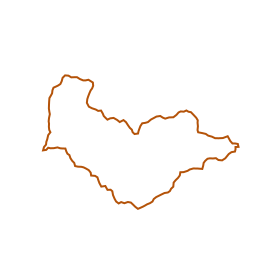 Coronel Fabriciano, Minas Gerais, Brazil, rotated 327°
{"feature_id": "56859067B5591218375220", "entity_name": "Coronel Fabriciano", "entity_type": "district", "adm_level": 2, "iso_a3": "BRA", "parent_name": "Brazil", "parent_adm1": "Minas Gerais", "projection": "orthographic", "projection_center": [-42.686, -19.44], "detail": "fine", "context": "isolated", "style": "outline", "palette": "amber", "viewbox_px": 256, "rotation_deg": 327, "n_neighbors": 0, "source": "geoboundaries", "source_scale": "gbopen_adm2", "svg_char_len": 2328}
<svg xmlns="http://www.w3.org/2000/svg" viewBox="0 0 256 256"><g transform="rotate(327 128 128)"><path d="M134.0,201.9L136.6,198.6L139.6,197.7L142.7,197.1L145.6,196.0L147.8,193.6L150.6,195.3L154.7,196.4L157.1,196.4L160.7,197.5L164.3,199.9L168.0,202.8L170.6,200.5L172.4,198.5L174.8,197.6L177.9,197.1L180.1,198.0L182.6,199.8L185.3,201.2L186.4,204.1L189.3,206.4L193.1,206.4L198.3,204.7L201.6,204.6L204.9,206.0L206.6,204.4L207.8,202.5L210.4,204.0L211.4,201.2L209.4,199.3L207.2,197.9L206.7,194.7L207.1,189.2L202.1,188.1L198.5,186.0L195.5,184.0L193.6,180.9L191.1,178.1L190.0,175.3L187.6,172.8L184.5,169.8L185.2,167.6L187.6,164.6L189.2,161.5L190.7,159.5L190.8,156.6L190.2,153.1L189.4,149.0L187.6,147.3L186.5,145.1L183.7,144.7L181.2,142.8L178.9,142.5L175.7,143.4L171.9,143.7L168.2,141.5L164.3,140.4L162.8,138.2L161.6,135.5L158.1,133.9L155.3,133.7L151.9,133.4L147.9,133.9L145.3,133.1L142.5,131.8L139.5,133.1L137.6,134.5L135.2,136.3L133.4,138.1L130.2,136.6L129.6,134.0L130.3,131.5L129.6,128.8L129.5,125.5L129.5,122.0L128.5,118.9L124.3,118.5L123.3,115.4L121.4,111.7L118.3,110.2L115.3,109.8L114.7,107.3L114.2,104.7L114.7,102.3L114.9,98.7L112.3,97.4L111.0,94.9L108.6,91.9L106.8,88.8L107.2,84.5L109.6,81.6L111.7,79.9L114.6,77.8L117.2,76.1L119.4,75.3L121.8,73.6L123.3,70.7L121.1,66.0L118.2,64.9L116.3,63.6L114.3,60.7L112.9,57.6L110.7,56.2L108.0,54.6L106.6,51.7L103.9,49.6L100.5,50.3L97.8,52.7L95.2,54.3L92.3,54.3L90.1,54.0L87.5,53.6L85.2,55.2L83.2,57.6L80.8,58.9L78.4,60.1L76.1,63.1L74.6,65.2L72.3,68.5L70.9,71.5L70.0,73.8L67.2,76.6L65.1,79.2L64.1,81.4L62.3,83.9L60.9,86.7L60.6,89.3L57.2,90.5L54.1,93.5L51.9,95.2L50.2,97.3L47.2,98.2L44.6,100.5L47.5,101.8L50.3,101.1L52.0,102.8L54.8,104.5L58.3,105.9L60.1,108.1L61.9,109.5L64.3,111.1L63.5,114.1L63.2,116.6L64.1,118.8L63.3,121.9L63.3,125.1L63.9,128.0L62.9,131.1L65.0,133.2L67.7,135.1L69.3,136.8L70.6,139.0L72.1,141.9L72.4,145.1L71.2,147.8L74.3,150.2L75.5,152.7L74.7,155.6L74.0,158.7L73.7,162.6L77.4,164.3L77.1,168.7L79.8,170.3L80.4,172.5L78.9,176.1L78.2,180.1L78.0,183.2L79.1,186.2L81.9,186.4L84.0,189.1L87.6,190.0L89.8,192.1L90.5,194.9L91.2,198.1L92.3,201.2L94.5,201.6L97.7,202.1L100.1,202.3L102.5,202.4L105.5,203.0L108.5,203.0L110.9,201.6L114.1,201.3L116.5,201.6L119.3,201.9L123.2,202.4L126.3,203.8L128.8,203.7L131.1,202.4L134.0,201.9Z" fill="none" stroke="#b45309" stroke-width="2"/></g></svg>